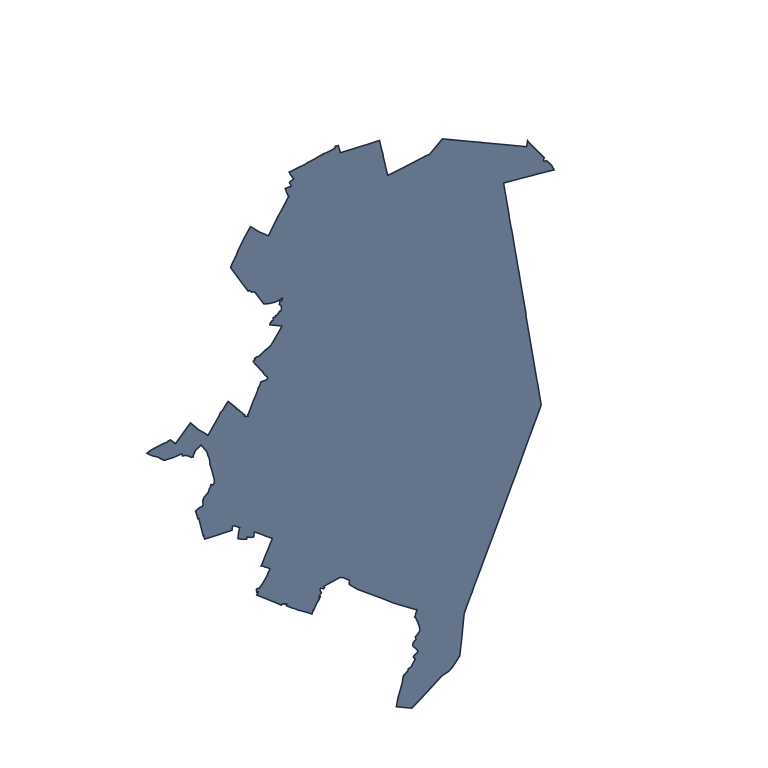 outline of Dobromir, Constanta, Romania, rotated 297°
{"feature_id": "2599482B21498804954375", "entity_name": "Dobromir", "entity_type": "district", "adm_level": 2, "iso_a3": "ROU", "parent_name": "Romania", "parent_adm1": "Constanta", "projection": "equal_earth", "projection_center": [27.791, 44.013], "detail": "fine", "context": "isolated", "style": "filled", "palette": "slate", "viewbox_px": 768, "rotation_deg": 297, "n_neighbors": 0, "source": "geoboundaries", "source_scale": "gbopen_adm2", "svg_char_len": 6171}
<svg xmlns="http://www.w3.org/2000/svg" viewBox="0 0 768 768"><g transform="rotate(297 384 384)"><path d="M529.8,203.2L528.0,205.7L525.7,210.4L521.3,208.3L520.8,208.3L520.4,208.3L519.1,210.5L518.1,211.4L513.3,207.2L510.4,210.3L508.2,213.2L508.0,214.0L507.3,213.9L503.8,213.8L493.6,213.8L484.7,213.4L463.5,213.7L463.3,209.1L462.9,203.0L463.6,194.9L463.6,193.6L450.0,193.1L444.9,193.2L436.0,193.4L430.8,194.0L429.8,193.8L428.4,194.0L425.5,194.1L424.3,193.9L418.1,194.4L410.0,210.5L405.0,220.9L406.5,221.9L405.7,224.2L407.4,226.9L400.8,240.4L401.1,241.3L403.6,245.3L404.9,246.8L406.9,249.2L409.3,251.4L414.1,254.2L414.3,254.7L411.5,255.0L410.4,253.6L407.2,254.7L407.2,256.8L403.7,258.8L403.0,258.9L402.5,258.9L401.9,258.7L401.4,257.9L399.7,257.6L399.4,257.8L398.0,257.6L397.6,257.4L396.7,257.4L396.0,257.0L395.7,256.3L394.8,256.4L394.1,256.7L393.7,256.3L393.4,255.6L393.0,255.2L392.6,255.1L392.2,255.3L391.5,255.9L390.7,256.2L390.2,256.2L389.8,255.9L389.3,255.4L389.0,255.3L386.7,255.0L385.3,255.1L384.8,255.3L388.8,265.5L389.2,266.6L388.2,266.7L385.9,266.7L367.0,265.7L363.4,264.4L361.2,263.2L352.6,260.2L351.3,259.6L351.0,259.3L350.7,258.5L350.3,258.2L349.3,257.6L347.7,257.1L347.2,258.0L344.9,257.1L344.0,258.6L343.3,260.1L342.4,262.8L340.5,267.8L340.1,269.9L339.2,271.0L338.4,272.5L337.6,274.7L337.2,276.9L336.9,277.3L336.3,277.6L335.3,277.6L334.4,277.3L333.5,276.6L330.7,273.9L330.0,273.4L329.3,273.4L327.5,273.8L326.5,273.9L322.9,273.7L320.6,274.3L319.4,274.5L317.0,274.6L315.9,274.9L312.6,275.0L309.0,275.2L301.1,276.2L299.3,276.2L296.9,276.7L295.1,276.7L294.6,276.5L293.9,277.3L293.5,277.6L291.9,274.7L292.0,274.2L293.2,274.2L293.3,272.1L293.9,270.7L294.4,268.0L294.5,267.4L294.7,267.0L295.2,264.8L294.8,264.1L295.1,263.5L295.6,263.1L296.1,261.3L297.7,253.1L294.3,252.5L288.0,252.2L284.0,251.2L283.6,251.1L280.9,251.5L258.4,250.5L258.5,250.4L258.8,247.1L259.1,239.2L261.5,229.2L236.2,225.3L237.3,219.1L234.9,217.4L233.8,217.3L233.4,217.0L232.1,215.6L231.5,215.0L220.0,206.8L218.1,205.8L217.9,205.6L215.1,204.5L214.7,204.2L214.6,204.8L214.7,208.2L214.9,210.6L216.0,214.9L216.2,217.0L215.9,219.8L216.2,222.9L216.6,223.5L218.6,225.3L221.2,228.1L223.6,230.3L229.6,235.2L229.8,235.7L228.4,237.1L228.9,237.9L230.2,239.5L231.0,242.6L231.0,243.6L231.3,243.9L231.1,245.5L232.4,247.2L232.7,247.1L234.0,246.5L239.4,246.2L243.8,247.8L246.6,248.7L243.4,256.4L243.1,256.9L240.6,259.4L238.4,261.9L236.0,263.9L233.4,265.3L228.1,270.5L225.8,272.5L223.0,275.2L220.2,277.2L219.5,277.4L217.0,277.6L216.5,277.5L216.4,277.3L215.9,275.5L215.0,275.5L213.4,276.1L211.1,275.9L209.5,276.3L207.3,276.5L201.0,275.0L197.9,275.4L196.9,275.9L195.1,277.1L193.9,277.7L192.2,277.4L190.4,275.9L189.6,275.5L185.2,273.8L179.4,279.4L180.0,280.1L166.7,291.8L167.1,292.1L165.3,293.7L164.4,294.7L175.4,305.9L179.4,309.7L183.8,314.2L184.8,315.0L187.9,313.8L189.0,313.9L189.6,314.7L190.6,320.7L189.7,320.7L187.9,321.3L186.6,321.5L185.2,322.0L179.8,324.1L180.1,325.0L180.5,325.9L180.7,326.8L181.6,329.0L183.4,332.1L183.6,332.1L184.7,331.5L185.5,331.5L185.8,332.6L186.6,334.2L186.5,334.5L187.2,335.7L188.0,336.5L188.2,337.1L188.5,337.3L188.9,337.3L190.9,336.6L192.8,335.7L193.1,335.6L193.4,335.9L194.5,344.1L194.8,348.8L195.3,350.4L195.5,352.8L195.4,353.4L195.6,354.5L194.0,354.9L190.4,355.0L184.7,355.6L177.4,356.1L167.0,357.2L166.0,357.1L166.7,358.7L166.8,360.9L167.4,363.1L167.6,366.1L166.7,366.4L162.9,366.4L161.1,366.8L160.5,366.8L157.2,366.7L149.7,366.2L145.6,365.6L144.2,364.0L143.5,363.6L143.0,363.6L140.7,365.0L141.7,366.3L138.2,366.4L138.4,369.1L140.0,387.2L140.3,393.0L142.1,393.4L142.3,393.6L142.5,393.9L142.4,394.7L142.5,395.4L143.1,396.1L144.0,397.0L143.8,397.2L143.3,397.4L142.1,397.7L142.5,402.6L142.8,404.4L143.3,406.5L143.6,410.9L144.1,412.2L145.7,420.1L146.0,422.0L146.2,424.3L149.4,423.8L149.5,423.5L150.1,423.4L150.4,424.0L159.0,423.7L162.9,424.1L164.0,423.1L164.4,423.1L164.6,423.9L165.7,423.9L165.9,422.6L169.7,423.0L170.0,422.7L170.6,421.3L171.4,420.5L172.5,420.2L173.3,420.5L174.2,423.2L175.6,423.5L176.2,422.3L178.1,423.4L185.4,428.3L192.2,433.0L192.0,433.8L192.7,435.1L193.1,436.3L193.0,437.9L193.3,441.3L193.6,442.2L193.5,442.4L189.9,443.7L189.7,444.1L189.5,445.3L189.5,445.5L189.0,453.4L190.6,467.8L191.9,478.3L193.2,492.5L197.3,514.3L197.5,515.0L197.9,515.4L197.9,515.7L196.4,516.2L194.0,516.4L192.0,517.1L190.4,517.0L190.1,517.2L190.2,518.3L188.3,520.5L187.3,522.0L185.4,523.9L184.6,525.0L183.0,526.2L180.8,527.8L180.2,527.9L176.7,527.7L175.4,527.4L174.5,527.0L173.2,526.8L172.8,526.8L172.2,527.1L171.3,528.4L170.6,528.4L168.7,527.8L166.7,527.4L164.6,527.9L163.9,528.2L163.7,528.6L162.8,531.7L162.4,533.6L161.6,535.1L161.0,535.7L159.5,535.4L157.7,534.7L156.7,534.5L156.1,534.2L154.4,534.0L153.7,534.4L153.4,535.6L153.3,536.7L145.7,536.5L144.9,537.0L141.1,534.9L140.5,535.2L139.6,535.4L138.7,535.3L136.0,534.7L133.2,533.8L132.8,533.8L129.4,534.7L126.6,535.8L111.2,538.8L102.0,541.5L107.8,556.0L122.3,560.3L150.6,568.2L157.3,572.1L162.3,573.5L169.1,574.3L176.4,574.9L194.9,567.9L214.2,560.3L216.8,559.5L228.3,558.1L234.6,557.4L236.2,557.2L238.2,557.1L245.3,556.0L263.3,554.1L267.8,553.5L319.8,547.6L353.3,543.6L357.9,543.2L402.9,537.6L408.9,537.0L413.1,536.4L424.9,535.1L436.7,533.6L453.4,521.3L457.0,518.4L493.8,491.1L510.1,478.9L510.8,478.9L536.0,460.0L545.4,453.2L548.6,450.6L558.6,443.3L560.3,441.9L566.2,437.5L575.6,430.7L578.9,428.2L580.5,426.7L588.7,420.5L593.9,416.9L611.6,403.6L617.4,399.4L630.2,413.6L635.9,420.2L641.9,426.7L652.0,438.4L653.8,435.6L654.4,435.2L655.2,433.2L656.3,429.4L656.2,428.7L656.5,428.1L656.9,427.6L655.0,425.4L655.2,424.8L656.6,424.2L657.6,424.0L658.3,424.3L664.7,404.3L665.2,403.0L666.0,401.4L660.2,403.3L649.6,376.6L643.3,361.0L643.5,360.9L638.7,349.4L629.2,325.3L628.8,324.7L609.2,320.3L606.4,317.8L585.3,302.8L571.5,292.6L586.8,279.7L588.0,279.1L592.7,274.7L596.2,271.8L599.0,269.5L595.9,266.3L596.0,266.3L590.4,260.9L582.5,252.6L580.8,251.0L572.9,242.8L570.3,240.2L575.8,235.0L573.7,232.6L573.4,232.5L572.8,233.3L572.4,233.4L567.9,230.6L562.9,226.8L561.9,225.5L561.5,225.2L560.8,225.2L556.4,222.0L555.7,221.6L553.7,220.5L546.3,215.2L543.7,213.9L538.8,210.0L531.2,204.5L529.8,203.2Z" fill="#64748b" stroke="#1e293b" stroke-width="1.5"/></g></svg>